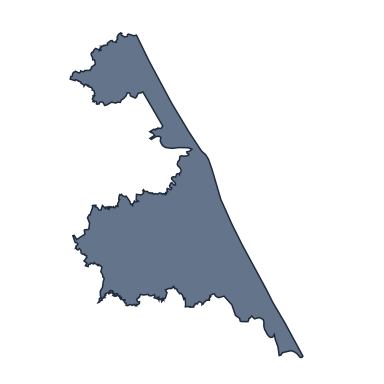 Tecolutla, Veracruz, Mexico, rotated 12°
{"feature_id": "50627088B65141848449255", "entity_name": "Tecolutla", "entity_type": "district", "adm_level": 2, "iso_a3": "MEX", "parent_name": "Mexico", "parent_adm1": "Veracruz", "projection": "natural_earth1", "projection_center": [-97.047, 20.419], "detail": "fine", "context": "isolated", "style": "filled", "palette": "slate", "viewbox_px": 384, "rotation_deg": 12, "n_neighbors": 0, "source": "geoboundaries", "source_scale": "gbopen_adm2", "svg_char_len": 5972}
<svg xmlns="http://www.w3.org/2000/svg" viewBox="0 0 384 384"><g transform="rotate(12 192 192)"><path d="M98.2,225.5L97.4,226.2L98.0,227.5L97.0,235.7L96.2,235.6L95.1,238.9L98.3,243.8L98.8,250.0L94.9,251.3L94.6,251.9L96.0,255.5L89.1,262.4L85.8,258.9L84.5,259.5L88.3,265.8L89.3,265.5L90.9,266.2L91.1,267.7L89.9,268.6L89.7,271.3L90.4,271.0L91.2,272.1L92.4,272.4L93.7,270.8L95.5,272.4L96.2,274.7L98.0,275.6L99.9,275.1L100.0,276.0L102.3,276.4L102.2,277.7L102.7,278.0L100.7,281.9L104.0,283.5L103.0,286.3L105.9,286.6L105.8,284.5L107.3,283.9L107.6,282.7L110.8,282.8L111.0,281.4L114.1,282.9L115.1,282.5L115.2,283.3L116.1,282.7L116.2,283.2L116.7,282.9L119.5,284.1L119.4,289.0L121.6,291.2L122.4,293.6L123.8,294.4L124.1,295.6L123.8,298.1L124.3,303.7L122.9,308.1L123.8,312.0L124.9,313.9L123.5,315.7L124.1,317.4L123.3,319.6L124.4,318.9L124.9,317.4L126.6,316.5L125.9,315.3L126.8,314.8L126.9,314.1L128.7,313.3L127.8,312.8L129.0,311.0L128.1,310.5L128.9,310.0L128.7,309.4L131.1,307.6L131.8,308.9L132.8,308.3L133.3,307.0L132.2,307.0L132.0,305.8L133.5,305.1L134.8,305.3L134.7,306.7L135.8,306.5L135.2,307.5L136.7,307.6L136.2,309.2L138.1,308.0L137.5,310.0L139.3,309.8L140.2,308.3L139.7,307.2L140.3,306.9L141.7,309.2L143.0,308.6L143.1,309.7L144.0,309.8L143.5,310.5L144.3,311.5L144.7,310.7L144.3,310.6L144.9,310.0L145.1,311.1L146.3,312.1L148.9,311.3L149.1,311.8L148.0,312.7L149.5,314.4L150.7,314.4L151.2,317.2L151.3,316.2L152.6,316.6L155.0,314.8L157.1,315.4L158.7,313.9L160.1,315.1L161.0,314.9L160.9,314.1L161.5,314.5L161.4,313.5L162.3,313.5L163.7,312.1L163.4,310.2L162.5,310.7L161.1,310.1L160.3,308.4L161.7,306.8L161.5,306.2L162.5,305.7L162.8,302.9L165.8,302.9L170.4,301.3L171.6,302.3L173.7,302.1L176.6,300.3L177.3,302.1L176.9,303.3L180.4,303.7L180.1,302.6L180.7,303.0L181.3,301.9L181.5,302.9L182.0,302.9L181.5,303.6L182.2,304.7L182.2,303.7L185.2,303.4L185.5,303.8L184.7,304.4L185.1,305.5L186.0,303.8L185.7,303.4L186.5,303.6L185.6,302.6L186.3,302.5L186.1,302.0L187.4,302.1L188.0,301.0L188.5,295.6L186.3,293.4L189.6,291.1L192.2,290.7L192.3,289.9L193.2,289.5L193.3,288.2L193.9,288.2L195.3,290.2L196.1,289.8L197.8,290.5L197.9,291.5L201.2,294.1L202.2,293.4L204.0,294.8L205.7,297.2L206.3,297.2L206.2,297.9L205.7,297.7L206.3,298.8L207.3,297.6L209.1,303.0L209.3,305.7L213.8,304.4L213.9,305.1L217.6,304.2L217.4,302.8L218.3,302.0L218.4,300.4L220.4,300.5L221.3,298.0L223.6,297.8L225.2,299.0L225.2,300.1L226.3,299.1L226.6,297.7L228.6,294.9L231.5,294.3L231.5,293.3L230.8,292.9L231.9,290.7L231.2,290.8L231.1,289.6L234.3,287.0L235.2,287.0L236.3,288.6L239.2,289.8L240.5,289.6L245.0,287.2L254.5,294.1L260.2,303.7L264.8,305.7L266.0,308.2L267.2,308.5L273.7,307.2L274.1,304.9L273.8,304.0L274.8,303.5L276.2,300.9L279.5,303.1L283.9,300.8L288.1,301.9L289.4,304.3L290.2,308.4L291.5,311.1L295.5,315.9L297.7,317.5L299.4,317.9L301.1,317.2L302.1,314.2L304.0,318.7L308.3,325.7L311.3,333.9L312.9,333.0L313.8,330.6L314.6,330.0L321.9,326.6L325.6,327.1L328.6,328.5L332.1,331.3L334.0,330.9L334.6,329.5L309.7,300.3L294.1,283.3L284.8,271.7L252.1,233.3L238.1,215.7L221.7,193.2L206.9,165.8L201.4,156.7L197.6,152.7L192.7,149.9L176.5,133.9L154.0,109.8L122.9,73.0L105.0,50.1L102.8,51.3L97.1,50.7L96.3,51.3L96.3,52.9L95.6,53.7L93.8,54.3L90.5,53.2L89.9,52.4L90.4,51.5L89.1,51.2L87.2,53.4L86.6,55.8L86.7,57.0L87.5,57.5L86.3,60.3L86.8,61.3L83.7,61.6L82.4,60.4L80.9,61.0L78.3,64.1L78.8,65.1L78.5,65.9L75.0,67.0L74.3,67.9L72.7,68.4L73.5,68.7L72.1,70.4L73.6,72.0L72.1,73.2L71.8,71.7L71.1,72.2L67.8,71.6L66.6,73.5L66.2,75.9L65.5,75.8L64.6,77.3L64.8,78.7L66.7,81.1L67.4,83.4L68.8,83.0L69.6,83.6L70.8,87.3L67.6,90.8L68.2,92.2L67.1,93.1L67.1,94.2L61.9,95.4L61.5,96.4L60.3,97.0L58.0,96.6L57.8,98.2L56.7,99.1L52.9,98.1L52.0,99.3L51.2,99.5L50.6,101.3L50.8,103.5L49.4,104.3L49.4,106.9L54.5,107.4L54.8,106.3L57.9,106.8L57.8,107.2L60.7,107.6L60.7,108.5L64.0,109.8L64.4,110.9L65.3,108.8L68.4,109.2L67.7,109.9L70.4,110.8L71.7,110.5L72.9,111.6L73.1,113.0L74.8,113.2L76.3,115.5L76.0,117.9L76.8,117.9L76.2,119.3L75.4,119.0L75.9,120.1L75.2,120.8L75.4,122.3L76.8,122.8L76.3,124.2L77.9,124.2L78.4,123.4L79.3,123.3L80.3,124.3L80.1,125.6L80.8,125.9L82.9,125.1L83.1,123.3L83.7,122.8L86.2,122.8L88.6,125.5L90.5,124.6L94.6,120.9L99.2,120.8L100.5,119.6L103.2,119.3L103.8,116.6L105.6,115.0L107.6,111.5L108.1,108.4L110.5,108.2L111.9,110.8L116.9,111.9L117.9,110.7L118.8,106.8L119.9,106.0L121.1,106.0L123.1,104.3L149.7,133.6L148.5,136.3L145.2,136.6L145.3,137.4L143.7,137.6L143.1,139.0L141.6,138.5L138.2,141.8L139.9,142.5L140.2,142.0L141.1,142.3L143.6,144.4L139.7,148.3L141.3,149.0L145.3,145.2L148.5,144.3L150.1,145.1L150.4,148.9L151.9,151.0L153.7,152.8L157.1,154.0L163.8,153.4L169.7,151.3L179.0,149.5L183.0,150.2L181.0,152.7L178.5,153.8L179.2,155.1L180.9,155.6L181.1,156.7L178.5,158.2L173.8,158.9L172.7,159.9L173.1,163.0L171.9,165.2L171.8,167.7L172.5,169.2L175.0,170.7L176.7,172.7L177.1,174.6L176.0,176.0L176.2,177.5L175.5,176.8L173.7,177.2L173.2,178.1L172.9,180.9L170.5,180.9L169.1,182.1L169.6,183.9L173.7,186.6L174.4,188.5L173.2,189.0L170.2,187.0L169.5,187.6L168.7,190.7L169.7,192.1L171.2,192.1L171.3,193.5L170.7,194.1L167.2,193.6L166.9,194.8L168.1,196.9L166.4,197.9L167.3,199.0L166.7,200.0L166.4,200.2L165.9,199.4L164.1,199.6L163.6,200.5L162.0,199.6L160.4,199.7L158.6,201.3L156.6,201.2L154.6,202.1L153.7,201.2L153.1,202.0L151.8,201.2L150.1,202.0L148.4,200.7L145.9,201.3L144.0,199.9L143.8,200.8L143.1,200.4L144.2,201.5L144.7,203.1L143.2,205.4L138.2,205.8L139.0,211.3L141.4,212.1L139.3,213.4L137.5,212.8L137.1,215.5L136.3,215.8L136.6,217.5L135.5,216.5L134.7,216.8L133.4,215.1L133.3,214.2L128.4,209.7L127.5,210.5L124.9,210.1L123.4,208.9L122.7,209.8L121.9,209.6L121.6,210.8L121.8,214.2L122.2,215.0L122.7,214.8L121.7,218.9L122.6,221.3L122.4,221.8L120.7,221.1L119.8,223.6L118.3,222.7L118.1,223.5L115.6,223.3L115.6,224.1L114.1,223.6L114.3,226.3L112.9,225.9L112.9,224.2L111.1,224.5L110.9,226.2L107.2,223.8L106.6,228.7L105.8,228.8L104.7,228.9L102.4,226.8L100.6,226.6L100.8,225.0L99.8,225.1L99.8,225.9L98.2,225.5Z" fill="#64748b" stroke="#1e293b" stroke-width="1.5"/></g></svg>